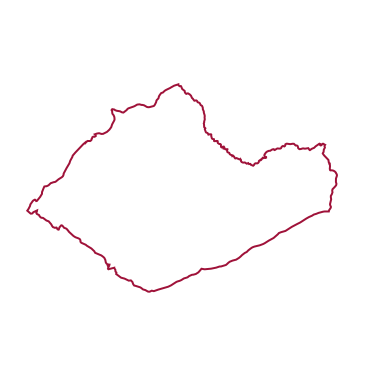 Silvania, Cundinamarca, Colombia, rotated 222°
{"feature_id": "7082276B74452941535479", "entity_name": "Silvania", "entity_type": "district", "adm_level": 2, "iso_a3": "COL", "parent_name": "Colombia", "parent_adm1": "Cundinamarca", "projection": "robinson", "projection_center": [-74.378, 4.431], "detail": "fine", "context": "isolated", "style": "outline", "palette": "rose", "viewbox_px": 384, "rotation_deg": 222, "n_neighbors": 0, "source": "geoboundaries", "source_scale": "gbopen_adm2", "svg_char_len": 6013}
<svg xmlns="http://www.w3.org/2000/svg" viewBox="0 0 384 384"><g transform="rotate(222 192 192)"><path d="M301.9,67.9L297.4,68.0L296.5,68.9L296.3,69.4L296.4,70.8L294.8,74.6L294.2,73.6L293.7,72.3L292.7,71.9L290.1,72.5L289.0,72.0L287.5,71.9L286.7,72.1L285.6,72.9L285.1,73.1L281.1,73.4L278.9,74.3L275.0,73.8L273.1,73.1L271.8,72.9L269.8,73.7L269.1,74.8L268.7,74.9L267.0,74.3L266.4,74.5L265.9,74.8L265.9,75.0L266.8,76.9L266.9,79.6L266.6,80.0L266.0,80.2L264.6,80.1L263.2,79.8L261.1,80.6L260.2,80.7L258.7,80.4L258.2,80.5L257.2,80.1L250.6,80.0L248.3,80.4L245.3,81.6L243.9,81.9L242.7,81.5L241.6,80.4L240.3,80.2L235.6,81.7L234.3,81.7L229.0,82.7L225.0,82.6L223.3,82.0L216.9,84.2L214.6,84.4L213.2,84.4L211.1,83.6L208.8,81.9L207.4,81.6L206.4,81.7L204.9,82.7L204.8,82.1L205.2,80.8L204.9,80.7L204.5,81.6L204.2,81.7L203.5,79.3L203.3,79.3L202.9,78.7L202.4,78.7L199.1,83.7L198.8,83.4L196.9,82.9L195.9,81.9L195.3,81.6L194.4,81.6L194.1,81.4L193.5,80.3L188.1,80.8L187.3,80.9L184.2,82.5L179.7,83.8L178.3,85.4L176.2,85.3L173.9,84.1L172.4,83.8L171.1,84.5L166.7,86.5L165.6,86.7L163.3,86.8L161.0,87.9L158.2,88.5L157.4,89.0L156.7,89.7L155.9,91.7L154.0,92.8L151.7,97.0L146.3,105.7L145.1,108.6L143.5,114.5L143.1,115.5L141.7,117.8L141.0,119.4L140.2,122.3L138.5,125.1L138.2,125.7L137.9,127.6L136.6,130.5L135.8,131.3L134.3,133.6L133.5,136.5L133.5,139.2L133.6,141.3L130.9,143.0L126.5,147.8L123.4,152.0L121.7,155.0L120.6,156.1L118.0,160.4L117.8,161.5L117.6,163.9L117.3,165.4L116.0,168.1L113.9,171.3L113.0,174.5L112.7,176.6L112.6,178.6L112.0,182.0L111.2,184.0L111.1,186.4L110.6,189.2L110.1,191.2L109.1,193.2L106.0,197.7L104.3,201.0L103.7,202.6L102.4,207.3L100.6,212.4L99.9,218.2L100.0,219.5L99.0,221.6L96.5,225.6L94.5,232.9L92.3,238.9L91.2,241.7L89.3,248.7L88.3,251.7L86.9,254.8L86.4,256.7L85.0,259.0L84.0,261.1L81.4,265.1L80.4,266.3L77.3,269.1L77.9,270.1L78.3,272.9L78.6,273.6L79.1,274.1L80.2,274.5L81.3,275.3L83.7,279.7L85.3,281.0L86.2,282.0L86.6,283.9L87.4,285.8L88.7,286.8L89.4,288.0L89.3,291.8L89.4,293.4L89.6,293.9L90.2,294.8L91.7,295.7L94.0,298.3L95.2,301.1L96.2,302.0L97.4,302.3L98.1,302.7L99.5,302.8L100.8,302.6L101.8,302.2L102.8,301.5L103.6,300.7L104.1,300.7L104.5,301.1L105.0,301.3L106.7,303.5L108.4,305.1L108.6,304.7L108.9,304.8L109.3,305.3L110.1,305.5L112.1,307.1L118.4,307.6L120.6,308.1L120.8,308.6L121.0,309.8L122.4,311.7L122.9,313.7L123.1,314.1L124.3,314.8L124.5,315.2L124.6,316.1L126.9,315.6L127.4,314.9L127.1,313.6L127.4,312.8L128.2,312.6L129.1,313.4L129.6,313.2L129.7,312.9L130.7,308.6L130.8,306.6L131.9,304.2L132.4,302.0L132.7,301.9L134.9,302.4L137.0,299.8L138.4,298.9L139.0,298.3L139.9,296.7L140.9,295.7L142.3,295.6L144.1,296.8L144.8,296.8L145.4,296.6L146.1,295.9L148.5,296.0L149.4,295.3L151.0,293.3L153.8,291.4L154.2,290.9L154.5,289.8L153.9,289.1L153.7,288.2L153.9,287.6L155.2,287.1L155.5,286.3L155.6,285.6L155.2,284.3L155.3,283.6L156.2,282.6L157.5,281.7L157.9,281.0L158.6,278.5L159.1,278.3L159.9,278.5L160.8,277.4L161.5,274.9L162.3,274.2L163.2,272.5L163.5,270.6L163.2,269.2L163.3,268.9L162.9,267.8L162.4,267.3L161.3,267.2L161.0,266.8L160.5,266.9L160.2,267.4L159.9,267.1L160.2,266.4L161.2,265.7L161.6,264.9L162.2,264.8L162.2,264.3L162.3,264.3L162.1,262.8L162.1,261.8L162.2,261.6L162.6,261.9L163.0,260.2L163.0,259.8L162.4,258.9L162.3,257.9L162.6,257.0L164.1,255.7L164.3,254.7L164.0,253.4L164.1,252.5L164.9,252.1L166.1,251.9L166.5,251.6L167.4,251.9L168.3,250.9L169.6,251.1L170.0,250.0L170.2,249.7L172.5,249.3L173.7,248.0L175.1,247.5L176.0,247.6L177.1,248.6L178.0,248.8L177.9,248.4L178.6,247.9L179.5,247.8L180.4,247.3L181.5,247.1L182.3,245.9L183.3,246.0L184.5,246.5L185.0,246.3L186.1,246.5L186.3,246.4L186.3,245.7L187.0,246.0L188.3,245.5L189.3,245.4L190.5,246.0L192.1,245.4L192.5,245.4L193.5,246.1L193.9,246.6L194.1,247.3L194.3,247.5L194.7,247.3L194.9,246.6L195.5,246.2L196.0,246.0L196.8,246.3L197.4,245.5L197.7,245.3L198.1,245.5L198.3,246.9L198.8,247.0L199.5,246.1L199.8,245.0L200.2,244.9L200.7,245.0L202.3,246.6L203.0,246.6L203.9,245.9L205.5,245.7L206.0,245.9L206.8,246.9L207.1,247.0L207.7,246.6L209.2,244.9L209.7,244.7L211.0,245.9L212.2,245.2L213.0,245.1L215.2,246.5L216.0,247.5L216.4,247.6L217.3,246.9L217.8,246.4L217.9,245.9L218.2,245.6L219.5,246.2L220.3,246.1L221.2,245.7L221.9,245.8L224.6,247.3L224.8,247.7L224.8,248.3L226.4,248.4L228.3,250.3L229.2,250.9L229.4,251.7L230.1,252.5L231.1,254.5L232.8,256.1L233.2,256.8L234.0,257.5L236.3,258.9L237.2,259.8L239.4,260.8L240.2,261.7L241.6,262.5L242.3,262.7L243.7,262.4L245.7,263.2L246.5,263.1L247.9,262.5L249.1,263.0L249.8,263.0L250.3,262.8L251.2,261.5L251.4,261.4L253.9,261.9L255.0,261.9L257.2,262.9L259.0,263.0L261.0,262.6L261.6,261.9L261.7,261.3L262.3,261.0L263.8,261.2L265.1,262.2L268.2,262.0L270.9,263.3L271.6,262.9L271.9,262.4L272.5,262.3L273.6,262.3L274.2,262.9L276.4,259.1L277.6,255.6L277.8,254.8L279.6,250.4L280.0,249.0L280.2,246.4L281.0,245.1L281.1,244.6L280.8,241.9L280.5,240.8L279.7,239.4L279.6,238.7L279.7,236.9L279.6,236.2L278.8,234.8L278.0,232.0L277.9,230.7L278.1,230.1L280.4,226.6L281.4,225.6L282.5,225.0L285.5,224.4L286.9,223.7L287.7,223.0L289.7,222.0L291.2,220.3L292.1,217.5L292.7,216.2L295.3,211.5L295.5,210.1L295.4,209.2L296.1,205.2L297.2,204.4L299.5,203.8L302.3,202.0L303.8,201.4L304.9,201.3L306.7,200.2L306.6,199.1L305.9,199.0L303.9,197.2L303.1,196.8L301.6,196.6L299.8,195.7L298.2,194.2L297.7,193.3L296.6,188.8L295.4,186.1L295.1,183.1L295.4,179.8L297.0,175.7L298.1,174.6L300.4,173.5L301.7,171.9L302.8,169.9L302.1,169.9L301.0,169.3L301.3,167.9L302.4,167.1L302.7,166.0L302.1,164.8L302.1,164.1L301.7,163.7L301.5,163.0L301.8,161.7L303.7,160.1L303.9,159.3L304.0,157.3L304.4,157.6L304.8,154.8L305.1,143.3L305.0,139.2L304.4,138.0L303.4,133.8L302.3,131.3L301.2,125.8L299.7,119.8L299.0,118.9L298.5,117.3L298.6,116.0L299.7,112.1L300.2,108.6L300.5,107.8L301.4,106.7L302.9,104.0L303.1,101.0L303.6,99.7L304.1,98.8L304.8,98.1L305.4,97.3L304.9,95.7L303.4,91.6L302.3,90.3L302.1,89.6L301.9,88.2L301.6,87.1L301.3,81.6L301.7,81.0L303.1,81.3L303.6,81.2L304.2,79.7L304.3,78.7L303.8,74.6L303.0,73.2L302.2,70.1L301.9,67.9Z" fill="none" stroke="#9f1239" stroke-width="2"/></g></svg>